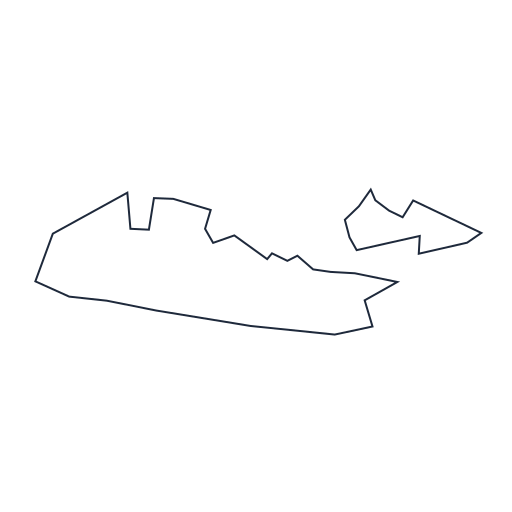 map outline of Tsuen Wan (orthographic projection), rotated 206°
{"feature_id": "HKG-5165", "entity_name": "Tsuen Wan", "entity_type": "state/province", "adm_level": 1, "iso_a3": "HKG", "parent_name": "Hong Kong S.A.R.", "parent_adm1": "", "projection": "orthographic", "projection_center": [114.074, 22.367], "detail": "fine", "context": "isolated", "style": "outline", "palette": "slate", "viewbox_px": 512, "rotation_deg": 206, "n_neighbors": 0, "source": "natural_earth", "source_scale": "10m", "svg_char_len": 656}
<svg xmlns="http://www.w3.org/2000/svg" viewBox="0 0 512 512"><g transform="rotate(206 256 256)"><path d="M316.9,277.5L313.7,258.1L300.3,249.0L284.5,265.0L244.6,258.1L242.8,265.4L225.7,265.4L218.9,274.4L198.8,269.0L182.0,274.4L159.6,283.8L117.6,294.6L138.9,263.8L120.4,243.7L150.8,219.9L230.3,190.7L321.6,163.3L370.6,150.4L406.1,137.6L443.2,136.5L448.4,187.0L399.4,256.5L380.8,225.4L363.8,232.7L373.1,263.3L355.4,271.1L316.9,277.5ZM63.6,375.5L72.1,360.5L110.7,329.4L117.6,345.8L168.1,305.4L180.1,313.7L192.0,327.5L185.3,345.8L182.0,366.0L173.2,358.4L156.2,355.1L141.2,355.1L139.1,374.8L63.6,375.5Z" fill="none" stroke="#1e293b" stroke-width="2"/></g></svg>